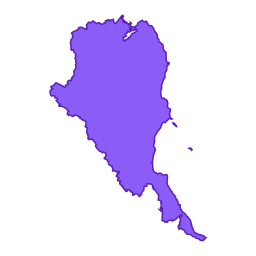 Douglas, Queensland, Australia
{"feature_id": "25037944B93362533996498", "entity_name": "Douglas", "entity_type": "district", "adm_level": 2, "iso_a3": "AUS", "parent_name": "Australia", "parent_adm1": "Queensland", "projection": "robinson", "projection_center": [145.346, -16.309], "detail": "fine", "context": "isolated", "style": "filled", "palette": "violet", "viewbox_px": 256, "rotation_deg": 0, "n_neighbors": 0, "source": "geoboundaries", "source_scale": "gbopen_adm2", "svg_char_len": 5771}
<svg xmlns="http://www.w3.org/2000/svg" viewBox="0 0 256 256"><path d="M206.0,237.7L205.2,237.5L203.9,236.0L199.7,234.5L198.3,234.6L196.6,233.2L195.1,233.0L194.4,232.4L192.1,226.9L190.5,220.5L187.5,216.5L186.6,216.2L185.5,214.1L182.2,211.6L181.3,209.5L180.3,208.8L180.1,204.7L178.9,204.4L178.7,204.7L178.1,204.2L177.9,201.4L176.9,200.5L177.1,199.9L176.2,199.0L174.8,195.5L172.4,193.4L172.3,191.9L171.1,191.0L167.5,184.8L167.0,181.8L167.5,176.6L167.2,175.2L166.3,174.5L165.4,174.9L162.9,175.0L160.8,173.2L158.8,173.2L157.8,174.0L157.1,173.8L156.0,172.7L154.8,172.4L154.1,171.7L153.0,169.5L152.6,164.3L152.1,163.0L152.4,162.4L151.8,162.4L152.4,161.9L153.4,155.4L155.4,149.8L154.9,147.9L153.5,146.5L154.6,141.7L154.4,138.8L155.0,136.0L157.2,132.2L160.3,128.2L162.5,122.9L163.4,122.4L165.1,122.7L169.2,118.5L170.5,118.6L171.1,119.2L172.1,118.9L171.1,118.3L169.7,116.5L170.0,115.1L169.3,114.1L170.4,110.9L170.4,109.2L167.6,107.6L167.5,104.6L167.9,103.4L167.2,101.9L167.3,100.7L166.0,99.5L165.1,99.6L164.0,98.1L162.5,98.4L161.5,97.9L160.8,93.9L160.8,91.1L161.6,88.7L161.6,84.8L163.5,79.8L165.0,77.3L164.8,73.3L166.7,70.3L166.9,66.5L167.8,65.0L168.7,64.6L169.2,63.3L168.9,62.6L167.8,63.3L166.3,60.7L166.0,52.2L164.1,50.7L163.3,48.4L162.9,44.8L160.2,42.3L158.9,41.7L158.8,39.5L158.2,39.2L157.2,36.6L157.3,34.7L154.1,30.3L153.9,28.7L153.2,28.0L152.7,26.9L151.9,26.6L151.6,25.7L149.0,25.6L146.3,21.2L145.5,21.3L145.1,21.9L143.4,21.4L142.4,20.3L141.2,20.7L137.7,23.2L137.3,25.2L135.2,26.4L135.2,28.6L134.4,27.5L132.8,26.6L131.6,26.7L131.2,28.4L131.3,30.3L133.3,30.6L133.9,29.6L134.8,30.1L135.4,29.6L135.6,27.8L136.0,29.4L136.9,30.0L136.7,31.2L134.1,33.0L132.9,33.2L132.0,33.9L129.5,37.6L128.5,37.5L127.7,39.2L127.0,39.1L126.8,39.6L125.7,39.9L125.1,40.9L123.9,40.2L123.4,40.4L123.7,38.2L123.4,36.9L125.4,36.8L126.4,35.9L125.3,34.5L125.4,33.8L127.0,33.1L127.4,32.4L127.4,31.4L129.1,32.1L129.2,31.5L130.5,31.5L129.6,30.1L130.1,29.3L129.4,27.9L130.5,26.8L130.2,25.7L130.9,24.6L130.8,23.6L131.3,23.3L130.4,22.4L130.5,23.8L129.3,23.7L129.3,24.6L128.3,24.9L128.4,24.0L126.6,23.0L127.0,22.8L126.7,22.2L125.1,22.8L124.6,22.5L125.0,21.7L124.6,21.3L123.7,21.7L124.2,20.7L123.3,20.9L123.4,20.5L122.8,20.2L123.0,20.0L122.3,19.1L122.9,18.9L122.5,18.3L122.1,18.3L122.5,17.9L122.1,17.6L123.4,16.4L122.9,15.4L122.2,15.4L115.5,23.7L113.9,22.5L113.4,19.4L111.3,19.9L109.5,21.0L109.6,20.1L108.8,19.8L107.7,19.8L106.5,20.7L106.0,20.6L105.5,20.8L105.7,21.3L105.0,23.4L104.1,22.8L103.7,23.7L102.7,24.2L101.1,24.2L100.9,23.5L98.5,22.7L96.7,23.6L93.2,21.0L92.8,21.0L91.0,22.8L89.1,22.1L87.8,23.0L87.4,24.0L86.4,25.0L86.8,26.7L86.7,29.3L85.3,29.0L85.1,28.6L84.4,28.7L82.1,27.3L79.2,27.4L78.8,27.5L78.6,29.1L77.9,29.2L76.8,30.3L74.2,31.3L71.7,32.8L71.5,33.2L72.6,35.1L72.6,37.1L72.0,38.7L71.0,39.7L70.4,42.9L71.2,45.9L70.9,46.4L71.1,48.4L70.8,48.9L71.1,49.7L71.8,50.3L73.3,50.1L74.3,52.6L75.5,53.7L75.9,55.3L75.5,55.9L75.7,56.8L75.0,58.1L75.9,59.5L75.7,61.5L76.3,63.3L75.5,64.6L76.0,66.3L75.8,68.3L73.7,71.3L74.3,75.0L73.1,76.5L72.5,76.5L72.2,77.6L71.6,78.1L71.7,79.4L71.0,80.6L70.4,80.2L70.0,80.6L69.1,80.3L67.6,81.4L67.4,82.2L68.2,84.0L67.4,83.8L66.5,85.5L65.4,85.4L65.6,86.4L64.7,87.4L63.4,86.8L63.1,86.0L62.2,85.9L59.3,84.1L58.0,84.0L57.5,83.3L56.0,82.8L53.3,85.7L51.3,86.3L50.8,86.9L52.7,88.8L51.5,88.9L51.4,89.6L50.2,90.7L50.0,92.2L50.7,95.3L51.6,96.0L54.4,95.7L55.0,96.3L54.8,97.8L56.7,97.9L57.7,98.6L57.1,99.8L56.1,100.4L57.8,102.5L60.2,104.4L58.9,105.0L58.8,105.7L59.8,106.4L62.0,106.2L67.0,109.0L66.9,109.6L68.8,111.3L68.0,111.8L67.2,114.1L68.6,115.4L69.4,114.9L73.0,116.5L74.8,115.1L77.1,115.5L78.3,116.1L78.5,116.8L79.8,116.7L80.1,118.6L81.0,118.4L82.0,119.7L82.9,119.9L83.3,120.6L84.2,120.5L86.2,121.6L85.6,126.2L85.2,126.5L86.7,127.6L87.3,127.6L86.6,132.8L87.9,134.4L87.7,135.2L88.4,135.9L87.8,138.3L88.9,139.5L90.5,139.0L91.0,139.5L92.3,139.0L94.1,141.7L94.7,141.9L96.0,144.1L96.0,145.0L95.5,145.4L95.8,146.5L97.0,148.5L99.9,151.4L101.1,151.6L102.3,152.7L103.7,152.2L105.6,153.1L106.0,156.0L105.4,157.1L104.3,157.7L104.4,158.6L106.7,159.7L107.6,160.6L107.5,161.2L108.5,161.8L108.4,163.2L109.1,164.8L110.9,165.8L112.0,165.7L111.9,166.8L112.9,169.0L112.6,170.9L114.9,170.9L116.6,172.0L118.6,171.3L119.1,171.5L118.9,173.2L118.1,173.0L117.4,173.9L117.6,174.7L116.6,175.0L116.4,176.5L118.8,177.7L119.0,178.1L117.8,179.0L117.5,179.9L117.7,180.7L120.7,181.0L120.6,181.6L119.6,182.0L119.8,183.7L120.1,184.3L121.7,185.1L121.5,186.0L122.7,186.1L122.6,186.7L124.0,189.1L125.7,189.4L125.7,189.9L125.2,190.4L125.4,191.0L126.1,191.5L127.1,191.2L127.6,189.9L128.7,189.4L129.6,190.8L131.3,191.4L131.2,192.1L132.8,192.4L132.7,195.2L133.7,195.1L135.0,193.8L137.4,194.0L138.3,195.1L139.0,195.2L139.0,196.2L139.6,196.5L141.6,194.3L141.6,192.8L143.8,189.9L144.2,186.1L146.8,186.4L147.1,183.7L151.6,184.2L153.2,186.4L152.5,187.0L153.4,188.2L153.1,188.5L153.8,189.5L154.3,189.0L158.6,195.2L158.3,200.1L160.1,200.3L161.6,201.7L161.4,202.6L160.9,202.6L161.3,206.8L160.6,207.4L160.7,208.2L162.5,208.4L162.3,209.8L159.3,209.5L161.2,211.3L162.5,211.5L162.0,220.6L163.9,220.8L164.8,222.1L165.5,221.7L166.1,222.2L167.4,222.1L167.3,221.4L168.1,220.9L171.3,220.1L172.5,221.0L173.6,220.2L175.2,219.8L178.3,216.8L178.9,216.9L180.2,214.9L182.0,215.0L182.1,215.7L179.9,218.0L180.6,221.0L179.6,222.1L179.9,223.4L179.4,224.2L180.0,225.2L178.9,225.2L178.1,226.5L179.1,229.3L180.2,228.4L181.2,228.3L182.0,229.4L183.9,229.9L185.4,232.6L187.2,234.2L190.6,234.5L193.0,236.6L194.7,236.7L195.7,237.9L199.1,239.0L200.3,240.3L203.0,240.6L206.0,237.7ZM173.0,122.9L173.6,124.4L175.1,125.1L175.6,126.1L176.5,126.5L176.3,125.6L175.4,125.1L174.6,123.4L173.0,122.9ZM191.7,150.3L192.1,149.6L191.4,148.8L191.1,149.5L191.7,150.3ZM188.9,148.5L189.8,148.7L190.0,148.0L189.3,148.1L188.9,148.5Z" fill="#8b5cf6" stroke="#5b21b6" stroke-width="1.5"/></svg>